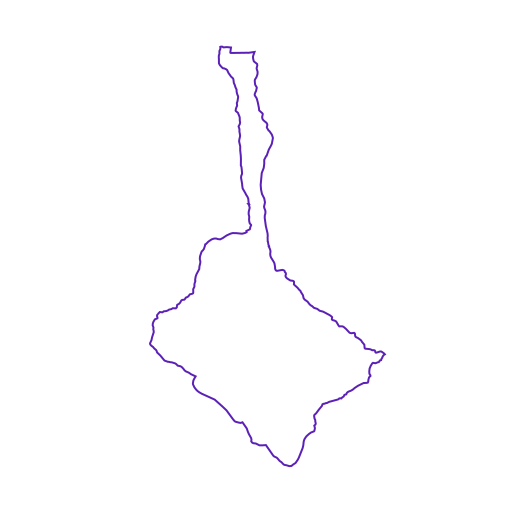 the district of Cumanda, Chimborazo, Ecuador, rotated 83°
{"feature_id": "8360857B2358017472723", "entity_name": "Cumanda", "entity_type": "district", "adm_level": 2, "iso_a3": "ECU", "parent_name": "Ecuador", "parent_adm1": "Chimborazo", "projection": "orthographic", "projection_center": [-79.101, -2.211], "detail": "fine", "context": "isolated", "style": "outline", "palette": "violet", "viewbox_px": 512, "rotation_deg": 83, "n_neighbors": 0, "source": "geoboundaries", "source_scale": "gbopen_adm2", "svg_char_len": 6098}
<svg xmlns="http://www.w3.org/2000/svg" viewBox="0 0 512 512"><g transform="rotate(83 256 256)"><path d="M369.3,140.1L368.4,140.7L366.6,142.6L366.0,143.5L365.9,144.7L366.5,147.5L366.6,148.7L366.1,149.2L364.8,149.4L364.2,149.7L363.8,150.7L363.7,152.1L362.8,153.4L362.3,154.5L361.3,158.8L361.0,159.2L360.5,159.4L357.2,159.3L354.1,161.3L352.7,161.9L351.7,162.8L349.7,165.0L348.8,166.5L348.3,167.0L347.5,167.3L345.1,167.3L344.5,167.6L344.2,168.1L344.3,170.6L343.9,171.9L343.4,172.6L339.3,175.6L336.9,177.8L336.3,179.1L336.0,181.9L335.2,182.5L331.2,184.2L330.5,184.7L329.7,185.9L329.0,187.6L328.3,188.4L327.7,188.4L326.1,187.9L325.6,188.1L323.8,189.9L319.4,196.2L318.1,199.5L316.0,201.6L314.5,204.8L312.7,206.3L311.7,207.6L310.5,208.7L307.6,210.4L305.1,213.1L303.6,213.9L300.6,214.2L297.3,215.8L295.9,216.2L295.0,217.1L292.5,218.7L289.4,221.4L288.8,221.8L286.3,221.4L285.9,221.6L285.5,221.8L285.0,222.8L284.5,224.9L282.0,227.9L280.8,228.8L280.1,229.1L279.0,229.1L277.7,228.5L276.6,228.5L275.6,229.2L274.2,229.5L273.5,230.3L273.0,231.6L273.3,236.8L273.1,237.5L272.6,238.1L271.0,238.6L269.3,238.4L265.5,238.6L263.8,239.2L259.5,241.2L258.0,241.6L256.9,241.7L255.4,241.6L253.5,241.1L251.9,241.1L250.5,241.4L248.0,242.2L247.8,241.8L246.2,242.3L243.2,242.4L243.0,242.6L238.7,242.2L237.6,241.9L234.8,241.8L227.4,242.6L219.1,242.7L216.7,242.3L215.2,241.6L213.7,241.3L212.2,241.2L209.4,241.9L208.0,242.0L204.1,240.6L203.2,240.6L199.9,240.8L195.2,242.5L190.7,242.9L186.0,242.7L174.4,240.2L169.5,237.6L165.6,236.6L161.5,236.1L158.0,233.7L157.8,233.2L151.9,230.3L148.3,227.7L146.5,226.6L141.2,224.9L140.1,224.9L137.4,225.5L133.8,227.4L132.8,228.3L130.3,229.4L129.5,229.6L127.5,228.8L126.7,228.8L125.8,229.0L125.1,229.4L122.2,232.1L120.6,232.9L118.9,233.0L116.4,232.1L115.7,232.0L115.1,232.3L111.9,235.1L108.8,235.1L103.7,235.5L99.6,236.1L96.7,237.5L95.9,237.7L94.9,237.4L93.3,236.6L92.4,235.9L89.1,234.7L88.2,234.9L86.6,235.7L85.4,236.0L82.0,235.9L80.9,235.6L78.6,233.8L76.9,232.9L75.5,232.3L74.4,232.1L73.1,232.0L70.3,232.5L69.6,232.5L67.1,231.5L65.5,231.5L62.8,234.2L62.2,234.5L60.8,234.7L59.1,234.8L57.8,234.7L56.5,234.2L53.3,232.6L53.4,238.9L53.2,239.8L51.4,256.3L51.2,256.6L50.8,256.7L46.0,255.4L45.1,259.5L45.0,262.7L44.6,263.4L44.2,263.7L43.8,265.8L43.3,266.0L45.4,266.0L46.6,266.4L48.0,267.3L51.0,267.7L52.4,268.4L54.0,268.7L55.8,268.8L60.2,269.3L62.1,268.6L64.6,266.9L65.7,265.8L65.9,264.7L67.0,262.9L67.9,262.0L71.0,261.0L74.9,258.9L77.0,257.1L78.4,256.9L81.6,256.9L83.8,256.2L86.2,255.8L88.5,255.0L90.2,255.2L92.0,255.1L94.1,254.7L94.9,254.4L95.9,254.3L100.1,255.5L101.9,256.4L104.4,256.4L107.1,257.9L109.1,258.5L109.8,258.3L111.6,256.5L115.7,255.4L117.0,255.3L119.5,255.6L121.6,255.5L123.3,256.1L125.2,257.5L127.9,257.0L129.2,257.1L130.4,257.3L134.3,257.1L135.7,257.4L138.5,258.4L140.3,258.8L145.3,258.3L149.1,258.8L154.7,258.9L157.6,259.1L164.3,260.0L165.8,259.6L168.0,259.6L171.7,259.7L172.9,259.9L174.7,260.9L176.4,261.3L182.7,261.0L184.6,261.1L187.4,261.0L192.8,258.7L193.4,258.6L196.1,257.3L198.2,256.7L201.8,256.8L202.7,256.8L203.6,256.5L203.5,257.3L204.4,256.8L206.9,256.4L208.0,256.6L211.1,257.8L213.5,258.2L216.3,257.9L218.7,258.4L220.7,258.5L221.6,258.4L221.4,259.0L221.7,258.4L222.9,258.2L224.5,257.1L224.9,257.1L226.7,258.2L228.3,258.6L228.8,259.0L230.0,262.5L231.2,262.4L231.8,264.0L232.2,267.1L230.9,272.8L230.4,276.4L230.7,278.5L232.0,282.6L234.2,286.9L235.1,289.5L234.6,291.7L233.8,293.4L233.6,294.9L233.7,296.2L234.1,298.0L235.9,301.5L238.1,304.3L238.3,305.0L240.3,305.7L242.7,306.9L244.0,308.1L244.5,308.9L245.5,309.7L249.5,311.6L251.9,312.1L252.9,312.1L254.5,311.9L255.9,312.1L259.8,313.5L262.0,313.9L266.9,317.3L269.1,318.4L272.5,319.4L273.4,319.2L275.5,320.2L277.1,320.7L278.1,320.7L279.0,320.9L281.3,322.4L284.6,322.7L285.4,323.1L285.7,323.9L286.0,326.3L287.8,328.1L288.3,329.0L288.8,330.8L289.9,331.6L290.6,332.5L290.6,334.6L291.1,335.6L293.1,337.0L294.2,338.4L294.8,340.1L296.1,340.6L297.4,340.9L298.2,342.0L297.7,345.0L298.4,346.5L298.6,348.8L299.3,350.1L299.7,351.7L299.7,354.4L300.5,355.7L299.9,358.3L301.5,360.3L301.5,360.9L301.6,360.7L301.9,360.8L302.6,361.3L303.5,361.6L305.0,361.3L305.7,361.4L306.0,361.9L306.4,363.7L306.6,364.1L308.6,365.7L310.3,366.6L312.2,367.0L314.4,366.5L316.4,366.9L317.5,366.7L319.2,366.8L323.9,369.0L326.8,370.0L329.4,371.6L330.2,371.9L330.9,371.7L331.5,371.4L332.7,370.4L333.8,369.2L335.2,368.4L337.3,366.5L337.8,366.3L339.7,365.9L343.1,363.1L348.6,359.6L350.3,356.3L350.4,355.4L350.9,354.2L351.3,352.5L352.7,349.4L353.7,348.2L355.2,347.2L356.3,344.3L357.1,343.3L358.8,342.0L360.7,340.9L361.9,339.8L363.6,336.9L365.5,334.8L368.1,330.6L370.5,332.4L372.1,333.4L375.0,334.2L376.0,334.1L378.9,333.1L381.3,331.7L382.9,330.5L384.3,329.0L386.1,326.6L393.5,314.5L400.9,308.0L405.6,304.1L415.1,298.8L417.0,297.6L417.9,296.7L419.3,293.3L419.8,291.5L419.4,289.7L426.0,286.2L429.3,285.5L431.8,284.8L436.1,283.0L437.8,282.9L439.4,283.3L440.8,282.5L441.5,281.4L442.1,279.0L444.3,275.7L444.7,272.9L444.9,269.2L456.3,263.2L457.2,262.4L458.5,260.3L459.1,259.6L462.3,257.5L463.9,255.7L465.4,254.7L466.5,253.7L466.8,253.2L467.4,251.3L468.5,248.8L468.7,248.0L468.7,246.4L467.3,244.2L466.3,242.0L463.1,239.2L461.1,237.9L452.3,233.1L449.6,232.1L446.5,231.4L445.0,230.9L443.6,230.1L441.8,228.6L441.0,227.8L439.1,225.1L437.9,222.9L437.1,219.8L436.7,219.4L434.8,218.7L433.8,218.5L431.4,218.8L430.5,217.5L429.3,217.1L427.8,217.3L426.0,217.2L424.6,217.7L421.9,217.8L421.1,217.6L420.3,216.7L419.7,215.7L415.8,212.0L412.9,208.9L411.2,208.0L410.9,206.8L411.0,205.9L410.6,205.0L410.5,203.3L409.7,201.3L408.4,192.2L408.2,191.5L407.5,190.7L407.5,189.6L407.8,188.7L406.9,187.7L406.1,186.1L404.6,185.1L404.3,183.3L403.1,182.6L402.3,181.7L401.8,180.4L401.3,178.3L400.4,176.2L399.0,174.1L397.2,170.5L395.2,164.7L395.4,161.9L395.3,160.5L394.3,159.9L392.5,159.5L390.5,158.7L389.8,158.1L389.2,157.1L388.8,157.0L388.3,157.0L387.3,157.6L386.1,157.8L384.1,157.6L381.4,156.9L379.0,155.5L377.1,154.0L376.6,153.5L376.3,152.9L377.0,150.6L376.1,146.8L374.8,145.8L374.6,144.5L373.4,144.0L372.4,143.1L371.1,142.5L369.8,141.2L369.3,140.1Z" fill="none" stroke="#5b21b6" stroke-width="2"/></g></svg>